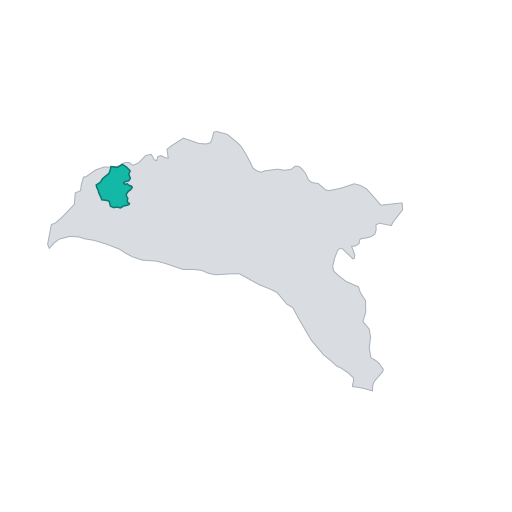 Donduseni highlighted on a map of Moldova, rotated 315°
{"feature_id": "MDA-1614", "entity_name": "Donduseni", "entity_type": "District", "adm_level": 1, "iso_a3": "MDA", "parent_name": "Moldova", "parent_adm1": "", "projection": "mercator", "projection_center": [27.772, 48.214], "detail": "fine", "context": "in_parent", "style": "filled", "palette": "teal", "viewbox_px": 512, "rotation_deg": 315, "n_neighbors": 0, "source": "natural_earth", "source_scale": "10m", "svg_char_len": 2591}
<svg xmlns="http://www.w3.org/2000/svg" viewBox="0 0 512 512"><g transform="rotate(315 256 256)"><path d="M115.2,104.4L117.0,100.3L133.5,89.1L137.8,90.9L146.5,91.4L164.1,91.0L172.8,83.6L178.2,85.7L182.5,82.3L189.8,78.2L190.9,79.0L191.8,79.7L203.1,81.6L211.5,85.6L217.2,91.7L223.0,95.6L229.0,97.0L232.4,100.1L233.0,104.8L238.7,107.1L249.3,107.0L253.8,110.1L252.1,116.3L253.2,118.3L257.0,116.2L259.9,118.0L261.4,122.6L263.1,124.8L268.5,117.6L274.2,118.3L288.0,121.3L295.3,136.2L299.9,141.5L304.0,143.7L309.1,141.4L313.5,138.6L316.1,139.9L321.7,149.7L323.0,162.5L323.0,167.7L321.0,176.4L318.2,185.7L316.0,191.7L316.9,196.5L318.9,200.5L322.2,201.8L332.8,210.0L336.8,215.6L342.6,219.8L347.0,220.0L349.3,222.4L350.1,225.2L349.5,232.5L347.0,239.2L347.4,243.6L351.3,248.7L351.7,254.7L351.9,258.5L354.0,261.5L363.8,268.0L376.5,274.4L379.7,279.8L381.6,286.7L381.0,298.2L380.2,308.3L396.8,321.7L394.9,324.2L392.3,327.0L376.5,329.0L373.3,330.2L366.4,320.0L362.8,318.8L359.4,322.5L355.4,324.6L350.6,323.5L345.5,320.4L342.9,318.2L340.8,317.9L337.6,320.1L333.3,319.2L330.5,316.7L326.5,325.3L324.0,327.1L322.5,326.8L322.2,312.2L321.0,310.0L317.8,309.7L310.1,313.1L302.8,317.6L300.3,321.6L300.5,328.8L301.6,337.4L306.6,350.3L303.8,356.0L301.9,365.0L294.0,373.2L285.2,378.0L284.4,387.8L279.5,394.5L271.0,401.2L265.3,409.2L266.8,414.7L267.1,419.9L266.2,423.4L265.9,426.1L263.7,427.4L250.8,428.3L247.2,430.0L243.0,433.8L239.0,426.6L234.9,420.3L231.9,416.8L233.2,415.3L236.4,413.5L238.7,411.3L238.5,403.8L236.8,395.1L235.2,390.8L235.0,384.2L233.9,373.9L235.5,354.7L241.9,330.5L245.5,318.5L243.8,311.8L245.1,296.4L242.3,288.7L238.0,278.7L231.7,256.8L223.9,249.2L214.2,240.8L210.1,234.5L207.3,227.5L201.6,220.5L195.0,214.1L187.1,198.1L183.0,190.9L181.8,189.0L172.8,178.7L168.1,169.3L165.7,161.7L164.3,154.6L158.0,140.5L152.2,129.9L146.8,122.4L144.2,117.1L137.9,110.3L128.7,104.9L122.8,104.0L115.2,104.4Z" fill="#d9dde1" stroke="#a8b0b8" stroke-width="1"/><path d="M216.8,90.2L217.7,91.5L218.3,92.1L220.0,94.9L223.3,96.1L226.2,96.5L227.3,101.6L227.2,106.8L223.8,108.3L222.1,112.2L219.2,112.9L216.6,111.2L214.2,110.6L214.0,112.9L216.0,113.8L216.1,115.6L216.5,117.1L217.3,118.0L217.1,119.9L214.3,120.5L211.1,120.0L208.0,120.6L206.6,122.3L206.2,124.5L204.6,125.5L203.3,126.8L203.3,128.1L203.7,129.3L202.6,129.8L201.0,129.1L197.6,127.0L194.2,126.2L192.2,123.0L189.6,121.2L188.3,117.9L190.3,114.5L190.8,113.3L190.1,111.7L186.7,107.2L187.7,105.1L189.5,100.1L190.9,97.9L191.9,94.9L193.2,92.8L198.2,93.8L202.1,92.8L210.6,93.6L214.8,91.5L216.7,90.2L216.8,90.2Z" fill="#14b8a6" stroke="#0f766e" stroke-width="1.5"/></g></svg>